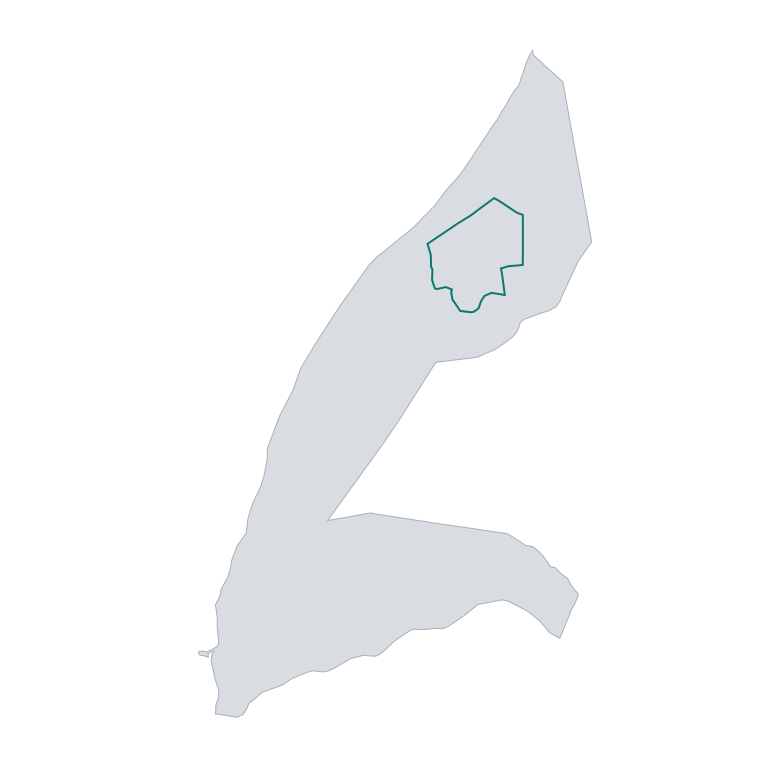 Bay highlighted on a map of Somalia, rotated 170°
{"feature_id": "SOM-2313", "entity_name": "Bay", "entity_type": "Region", "adm_level": 1, "iso_a3": "SOM", "parent_name": "Somalia", "parent_adm1": "", "projection": "mercator", "projection_center": [43.708, 2.69], "detail": "fine", "context": "in_parent", "style": "outline", "palette": "teal", "viewbox_px": 768, "rotation_deg": 170, "n_neighbors": 0, "source": "natural_earth", "source_scale": "10m", "svg_char_len": 2980}
<svg xmlns="http://www.w3.org/2000/svg" viewBox="0 0 768 768"><g transform="rotate(170 384 384)"><path d="M180.0,683.1L179.3,681.3L175.1,675.9L167.3,665.8L161.4,658.2L155.4,650.4L155.4,644.2L155.3,625.7L155.2,588.6L155.0,551.5L154.9,514.5L154.8,495.9L154.8,488.3L155.4,487.1L162.3,480.3L171.4,471.3L183.3,454.2L189.8,444.9L195.2,437.1L196.6,434.7L201.4,430.0L210.3,427.2L215.9,426.8L235.1,423.2L238.0,421.8L239.6,420.2L241.2,416.5L245.0,411.3L249.8,407.7L259.0,403.0L267.9,399.0L269.9,398.4L280.7,395.9L283.4,395.1L287.8,394.2L289.5,394.2L304.5,395.0L316.2,395.7L328.3,396.4L329.6,395.9L338.1,386.6L351.5,371.9L360.1,362.5L373.3,347.9L383.5,337.4L394.8,325.8L405.7,315.2L418.9,302.4L427.2,294.3L440.1,281.8L452.3,269.9L463.2,259.3L448.2,259.3L433.6,259.3L419.2,259.3L416.6,258.0L404.6,254.0L389.2,248.8L370.2,242.3L356.7,237.7L342.2,232.9L327.5,228.1L316.0,224.3L301.7,219.5L289.3,215.4L287.5,214.3L280.6,208.0L271.6,199.7L269.8,199.6L265.5,197.8L261.6,193.3L257.6,187.6L253.9,180.4L252.3,175.5L247.3,173.4L244.9,169.6L240.4,163.9L237.3,161.1L236.2,158.7L234.8,153.6L232.2,148.2L229.7,144.8L229.2,143.3L229.3,142.4L233.9,135.0L235.9,132.3L238.2,129.8L240.2,127.2L240.9,125.5L246.4,116.7L251.3,109.0L255.1,103.0L263.7,109.9L272.0,123.8L281.8,135.1L295.2,145.5L300.5,149.1L305.2,150.9L329.7,150.6L347.1,141.1L362.8,134.2L368.1,132.8L377.3,134.7L387.4,135.2L396.4,137.3L401.0,136.8L419.0,128.8L430.3,121.0L438.0,117.6L441.0,117.6L451.5,120.4L465.0,119.2L483.4,112.4L489.3,111.1L493.8,111.0L503.9,114.0L505.4,113.8L510.9,113.3L525.2,110.1L536.4,105.2L556.9,101.7L572.6,92.8L575.3,88.5L580.1,83.1L586.9,81.3L604.5,87.7L607.3,88.2L606.3,92.0L605.7,95.9L602.1,102.8L599.8,110.4L601.5,122.0L602.3,140.8L601.8,143.5L600.7,146.2L600.2,148.3L598.3,149.1L597.5,150.3L598.9,150.8L604.4,148.7L604.2,146.5L604.6,145.4L609.1,147.9L612.3,148.9L613.2,151.3L613.0,152.9L607.9,152.1L605.3,150.9L597.7,152.9L593.0,155.2L591.6,158.8L590.5,173.5L588.7,183.1L588.4,195.7L582.2,204.0L580.2,209.9L571.0,221.6L566.2,231.7L564.7,236.6L556.6,250.3L545.6,260.9L541.6,274.3L537.6,282.7L533.2,290.4L523.5,304.0L518.5,313.4L512.2,329.8L510.3,340.1L492.7,370.2L474.4,394.1L463.1,414.2L442.7,437.5L414.8,467.6L378.5,503.3L368.6,510.5L328.7,532.5L302.9,551.0L289.7,563.5L275.8,574.4L264.8,584.8L231.6,619.9L228.2,623.2L225.0,626.3L220.8,632.2L217.9,634.6L209.9,644.6L205.0,649.8L199.4,654.9L197.1,658.6L195.4,662.8L193.5,665.1L188.5,675.0L184.1,681.6L179.8,686.7L180.0,683.1Z" fill="#d9dde1" stroke="#a8b0b8" stroke-width="1"/><path d="M286.1,439.6L296.2,442.7L301.0,453.3L301.9,455.1L301.9,463.0L300.6,465.2L306.3,468.7L315.1,468.3L317.3,469.2L318.6,478.0L316.4,488.5L317.3,491.2L315.5,503.1L316.8,514.5L283.0,529.5L269.8,534.7L258.3,540.5L243.4,547.9L239.9,545.3L223.2,529.5L217.9,526.4L222.7,499.1L224.0,491.6L226.7,477.1L241.2,478.4L248.7,477.5L248.7,470.0L249.6,450.7L262.3,455.1L269.8,453.3L274.2,448.5L277.3,442.7L279.0,441.4L283.0,439.6L286.1,439.6Z" fill="none" stroke="#0f766e" stroke-width="2"/></g></svg>